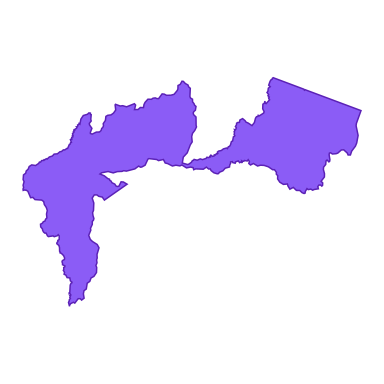 outline of Sonsón, Antioquia, Colombia
{"feature_id": "7082276B57084429833663", "entity_name": "Sonsón", "entity_type": "district", "adm_level": 2, "iso_a3": "COL", "parent_name": "Colombia", "parent_adm1": "Antioquia", "projection": "robinson", "projection_center": [-75.103, 5.693], "detail": "fine", "context": "isolated", "style": "filled", "palette": "violet", "viewbox_px": 384, "rotation_deg": 0, "n_neighbors": 0, "source": "geoboundaries", "source_scale": "gbopen_adm2", "svg_char_len": 5889}
<svg xmlns="http://www.w3.org/2000/svg" viewBox="0 0 384 384"><path d="M273.2,77.7L272.3,78.4L272.1,79.3L270.7,80.1L269.8,82.0L268.7,85.2L270.2,86.7L268.3,88.2L267.9,91.3L267.0,92.5L268.6,94.5L268.0,95.6L268.5,96.0L268.4,96.8L269.2,97.1L268.7,98.5L269.6,99.8L266.1,103.6L265.3,103.2L264.9,101.1L264.3,103.3L262.9,104.2L262.7,108.8L264.1,111.6L263.7,113.0L259.4,115.8L258.2,115.3L257.9,116.4L256.5,116.7L255.5,118.2L254.4,122.5L252.0,125.6L248.1,123.0L246.0,122.1L245.1,120.7L242.6,118.6L239.9,120.0L239.4,122.4L237.7,122.5L236.6,123.2L236.5,124.8L235.4,126.6L236.3,127.6L236.0,128.9L235.1,129.8L234.5,129.6L234.9,130.7L234.1,131.6L234.5,132.9L234.1,134.6L234.8,135.5L234.5,136.3L233.4,136.8L232.6,141.0L231.4,141.6L230.5,144.8L229.5,146.4L228.4,146.7L227.4,148.6L226.5,148.0L223.4,148.9L221.3,150.5L218.5,151.1L217.4,152.1L217.8,153.5L217.2,153.9L216.4,153.7L215.2,155.1L214.3,154.8L214.0,156.0L212.5,156.4L210.9,155.1L210.3,155.7L210.4,156.9L209.6,156.7L209.2,157.4L208.1,157.6L207.0,157.2L206.1,158.4L202.5,159.6L200.2,158.9L197.2,160.2L194.1,159.4L193.4,160.3L192.4,160.6L191.4,162.3L188.7,164.2L187.5,164.5L182.3,163.0L183.3,157.1L187.2,152.9L190.3,144.8L192.2,141.9L191.7,136.6L192.5,133.4L194.8,130.4L196.5,126.9L196.1,125.4L196.0,117.0L193.6,114.6L193.2,113.0L193.8,111.6L195.4,110.2L196.0,106.4L194.6,105.2L194.0,103.6L192.6,101.9L192.5,99.2L190.5,98.0L189.9,96.5L190.3,88.3L188.6,86.8L188.0,85.0L185.3,83.5L183.4,81.4L182.0,81.2L180.2,84.4L178.0,85.5L177.9,89.0L177.3,90.4L174.1,94.3L170.9,95.2L166.5,95.3L164.2,94.1L162.1,93.9L158.6,98.6L157.0,98.6L155.3,97.9L153.0,98.2L151.4,99.3L147.9,99.2L145.1,102.3L144.0,104.5L143.5,107.6L140.3,107.5L138.1,109.5L134.5,109.6L135.6,105.1L134.4,103.7L126.6,106.8L122.7,105.7L120.2,106.0L115.5,104.3L115.1,104.9L115.7,110.0L113.5,113.1L111.0,114.9L107.7,115.3L105.9,116.4L105.4,120.4L103.2,123.7L103.5,125.8L102.7,127.6L101.7,128.4L101.1,130.5L99.5,132.0L96.3,132.1L92.2,134.1L90.4,133.5L90.4,132.3L91.9,128.3L89.5,124.9L89.3,123.4L91.2,121.0L90.8,119.3L91.2,114.7L90.5,114.5L90.4,113.1L88.9,112.9L87.4,114.3L83.3,115.5L80.9,119.1L79.9,124.1L79.1,123.4L78.7,124.4L77.6,125.0L77.8,125.9L77.2,126.8L76.5,126.8L76.9,127.4L76.5,128.3L74.9,129.3L74.8,130.0L74.1,129.7L73.8,130.1L74.0,131.5L73.4,131.9L73.8,132.3L72.5,133.7L73.0,135.4L72.4,135.7L72.9,136.8L71.7,137.4L71.8,139.3L71.1,139.1L70.7,139.9L70.8,139.4L70.4,139.6L71.4,142.4L70.6,142.6L70.0,144.3L69.3,144.5L67.6,148.5L66.9,148.4L64.8,149.9L63.3,149.9L61.5,151.5L60.0,151.7L57.4,153.8L54.1,154.1L52.4,156.0L49.3,157.0L47.1,159.1L46.3,158.7L44.9,159.7L44.0,159.7L43.9,160.4L41.6,160.6L40.6,162.1L39.4,162.1L38.7,163.4L35.6,165.5L31.7,164.9L29.2,166.5L28.2,169.1L26.2,171.0L25.7,173.2L23.5,174.9L23.1,179.6L24.1,181.7L23.1,185.2L23.6,187.6L23.0,189.0L23.2,190.4L24.5,190.0L26.4,190.3L27.9,191.3L30.6,197.7L32.9,197.4L35.0,199.6L41.7,200.1L43.7,201.6L44.3,204.5L46.3,207.5L47.3,210.5L46.5,214.0L46.9,217.9L45.6,219.2L44.9,221.1L43.3,221.7L42.5,223.1L40.5,224.2L40.7,226.9L42.4,228.9L42.7,230.5L43.6,232.1L44.8,233.1L46.1,233.1L47.5,235.9L48.4,236.6L53.1,235.9L54.2,236.7L57.4,235.7L58.2,234.7L59.2,235.9L59.2,239.5L57.8,240.4L57.9,241.5L57.0,242.5L56.8,243.7L58.9,245.5L59.5,247.6L59.6,251.3L60.2,252.1L60.0,252.8L61.4,253.4L63.6,255.6L64.6,258.0L64.4,259.5L62.4,260.6L62.0,261.8L62.5,263.2L62.5,264.7L64.9,265.9L64.8,266.9L63.7,267.5L63.8,269.5L63.3,270.3L64.5,272.2L64.1,274.3L65.8,275.0L67.1,277.6L69.8,277.9L70.4,280.9L71.9,282.1L71.9,282.8L71.0,283.3L70.2,285.1L69.8,292.4L69.1,292.9L69.2,293.9L70.0,293.7L70.8,294.8L70.6,295.6L69.9,295.7L70.2,296.3L69.8,297.7L70.4,298.4L69.2,300.0L69.3,300.8L68.5,302.4L69.5,306.3L69.6,305.2L70.7,303.6L73.4,302.3L74.8,303.1L78.2,298.7L80.3,298.7L81.6,300.1L84.1,298.2L83.4,293.8L84.0,290.7L86.3,289.0L87.2,283.2L89.8,281.4L91.0,278.0L93.9,276.4L96.5,272.5L96.7,267.4L95.9,265.5L97.0,262.8L96.6,259.9L97.2,258.0L97.0,254.5L99.0,247.8L97.2,244.5L92.5,241.5L90.3,239.4L88.7,235.3L90.8,230.2L90.5,228.3L92.3,224.4L92.3,221.5L93.5,220.1L93.9,218.5L93.0,215.6L92.6,212.6L93.5,210.4L93.8,203.0L92.2,198.1L94.3,194.9L96.9,194.9L98.7,196.3L102.3,197.1L104.4,200.1L127.1,184.2L123.4,182.0L121.1,181.8L118.9,186.2L117.3,186.5L116.0,186.0L114.8,184.1L111.9,182.7L111.1,181.1L109.8,180.4L109.5,179.2L107.8,178.6L104.3,175.8L100.0,174.0L101.6,172.8L108.1,171.5L113.2,172.9L117.3,171.6L122.0,171.4L123.7,170.7L126.4,171.1L134.9,168.9L138.6,166.1L140.5,167.2L141.8,167.0L145.1,165.2L147.9,159.2L148.8,158.6L156.7,159.5L158.5,160.6L163.4,159.5L165.2,163.0L167.7,163.6L172.4,166.0L175.9,165.2L179.9,165.9L181.9,165.0L186.5,167.9L190.5,167.1L193.1,167.6L193.7,169.7L195.7,168.9L203.4,169.2L206.4,167.1L208.6,169.0L210.2,168.9L211.1,170.6L213.9,172.8L217.2,173.8L218.5,173.6L219.4,172.3L222.9,170.8L225.2,168.2L229.5,167.0L229.8,164.8L230.6,163.4L230.6,161.9L232.3,161.6L232.7,162.6L235.2,163.2L235.6,161.9L238.2,160.9L239.7,162.7L241.2,161.8L241.7,162.5L242.1,162.4L241.9,161.3L242.3,161.7L242.9,161.1L243.8,161.3L244.4,160.5L247.2,161.0L248.2,159.7L249.4,161.5L248.8,163.5L250.5,165.0L253.4,163.5L257.6,166.0L260.5,165.2L264.1,165.4L268.4,166.8L272.6,169.7L274.5,169.7L276.4,172.3L276.3,174.2L277.7,175.6L277.6,178.9L279.8,182.2L283.4,184.4L287.4,184.0L288.0,186.1L289.9,189.2L293.3,187.4L296.4,190.4L299.8,190.5L302.1,192.7L304.1,193.5L305.1,193.1L305.3,191.5L307.0,188.6L308.2,189.6L310.8,189.1L312.7,190.2L314.1,189.5L318.4,188.8L317.8,186.5L319.0,185.0L320.7,185.1L321.8,186.1L322.6,185.3L322.7,182.9L321.1,181.3L324.4,177.0L324.5,173.7L323.4,169.5L323.6,167.1L325.7,164.5L326.0,161.2L326.5,160.3L327.2,160.1L328.9,161.9L329.7,161.2L329.9,159.5L329.1,154.7L329.4,153.1L330.6,152.8L332.4,154.0L336.1,153.7L337.8,153.1L341.3,150.0L343.7,149.8L347.3,153.1L348.1,155.0L350.4,155.0L351.7,151.1L355.4,146.2L356.7,143.0L358.1,135.4L356.1,125.8L356.4,123.4L361.0,110.6L305.1,89.7L304.4,90.2L303.9,89.2L273.2,77.7Z" fill="#8b5cf6" stroke="#5b21b6" stroke-width="1.5"/></svg>